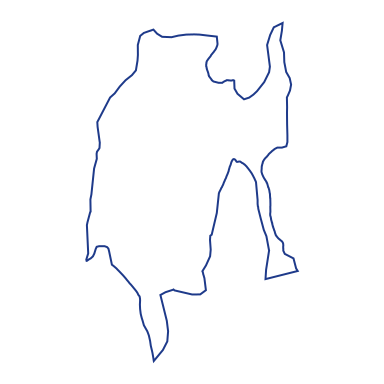 Dhulaymat Habur, Amran, Yemen
{"feature_id": "15242507B9657421257860", "entity_name": "Dhulaymat Habur", "entity_type": "district", "adm_level": 2, "iso_a3": "YEM", "parent_name": "Yemen", "parent_adm1": "Amran", "projection": "equal_earth", "projection_center": [43.768, 16.038], "detail": "fine", "context": "isolated", "style": "outline", "palette": "blue", "viewbox_px": 384, "rotation_deg": 0, "n_neighbors": 0, "source": "geoboundaries", "source_scale": "gbopen_adm2", "svg_char_len": 5919}
<svg xmlns="http://www.w3.org/2000/svg" viewBox="0 0 384 384"><path d="M153.8,361.0L162.9,350.0L167.3,341.4L168.1,331.3L166.8,320.8L160.4,295.0L165.5,292.2L173.2,289.7L173.5,289.5L174.5,290.4L192.2,294.5L200.2,294.4L205.9,290.2L204.4,278.1L204.0,276.8L203.7,275.6L203.3,274.5L203.0,272.9L202.8,272.4L202.7,271.7L202.4,271.2L206.0,265.4L210.1,256.3L210.7,249.7L210.0,239.9L210.3,235.7L211.7,234.7L216.8,213.0L218.9,193.2L219.2,192.6L219.3,192.1L219.8,191.2L220.9,189.0L221.3,188.0L221.9,187.2L222.4,186.0L222.9,185.1L223.4,183.9L223.8,182.7L224.2,181.8L224.7,180.8L224.8,180.3L225.8,178.3L226.1,177.7L226.3,176.9L227.0,175.2L227.3,174.6L228.0,172.8L228.2,172.1L228.5,171.6L228.8,170.2L228.9,169.7L229.1,169.2L229.2,168.6L229.5,167.8L229.7,166.9L230.0,166.2L230.5,165.1L230.7,164.5L230.9,163.8L231.1,163.0L231.4,162.2L231.6,161.6L232.5,160.0L233.0,159.4L233.6,159.1L234.0,159.2L234.4,159.2L234.8,159.5L235.2,159.7L235.5,160.1L236.5,161.6L237.0,161.9L237.8,161.8L238.3,161.7L239.0,161.5L240.0,161.5L241.4,162.4L241.8,162.8L242.1,162.9L242.6,163.2L243.1,163.4L243.9,164.0L244.3,164.4L244.6,164.5L245.9,165.8L246.2,166.1L246.7,166.6L247.4,167.6L247.8,168.0L248.4,168.8L248.7,169.2L250.0,170.9L251.8,173.5L252.0,173.9L253.1,175.9L253.9,177.5L254.4,178.4L255.0,179.9L255.4,180.6L255.7,181.4L256.0,182.1L257.6,200.1L257.6,204.0L257.8,205.5L257.8,206.1L258.1,206.7L258.3,208.8L260.7,218.4L263.8,229.9L266.4,236.2L269.0,250.2L269.1,250.4L266.1,269.7L265.5,279.1L297.7,271.0L296.1,268.4L293.5,258.4L284.8,253.9L283.3,250.7L283.3,248.6L283.2,248.4L283.2,248.0L283.2,247.7L283.2,247.3L283.2,247.0L283.2,246.2L283.3,245.8L283.2,244.1L283.1,243.7L283.1,243.3L282.7,242.5L282.1,241.5L281.5,241.0L281.0,240.6L280.8,240.4L280.2,240.0L279.9,239.6L279.6,239.4L279.3,239.2L278.9,238.8L278.7,238.7L278.2,238.2L276.7,236.4L276.5,236.0L276.2,235.8L276.1,235.5L275.8,235.1L275.7,234.8L275.6,234.7L275.6,234.3L275.4,233.9L275.2,233.5L275.0,232.7L274.8,232.0L274.7,231.5L274.4,230.7L274.3,230.4L274.1,230.1L274.0,229.6L273.8,229.0L273.6,228.4L273.4,227.9L273.2,227.6L273.2,227.2L273.0,226.4L272.8,226.2L272.7,225.6L272.6,225.3L272.5,224.9L272.3,224.3L272.3,223.7L272.2,223.4L272.2,223.1L272.0,222.9L272.0,222.6L271.8,222.3L271.8,221.8L271.6,221.4L271.5,221.0L271.3,220.1L271.1,219.8L271.1,219.1L271.0,218.8L271.0,218.4L270.8,217.7L270.8,217.2L270.3,215.8L270.3,215.5L270.2,215.1L270.2,213.6L270.3,212.7L270.4,211.7L270.3,206.8L270.3,206.4L270.4,206.1L270.4,203.9L270.4,203.4L270.3,199.2L270.3,198.9L270.3,198.2L270.1,198.0L270.1,196.8L270.0,196.1L270.0,194.5L269.9,194.1L269.9,193.5L269.7,193.0L269.5,191.7L269.4,191.0L269.2,189.8L269.0,189.3L268.8,188.6L268.7,188.1L268.4,187.5L268.3,187.2L268.1,187.0L268.1,186.7L267.8,185.7L267.6,184.9L267.5,184.6L267.4,184.4L267.3,183.8L267.1,183.4L267.0,183.0L266.9,182.8L266.6,182.6L266.6,182.2L266.4,181.9L266.3,181.6L266.0,181.2L265.8,180.8L265.4,180.3L265.1,179.7L264.9,179.6L264.6,178.9L264.3,178.6L264.0,178.0L263.7,177.5L263.3,176.7L263.2,176.4L263.0,176.1L262.8,175.6L262.3,174.5L262.2,174.3L262.0,173.5L261.8,172.9L261.6,172.3L261.5,171.8L261.5,170.5L261.6,170.1L261.6,169.2L261.7,168.5L261.7,168.0L261.7,167.3L261.7,166.9L261.8,166.7L261.8,166.1L261.9,165.8L261.9,165.6L262.1,165.2L262.1,164.9L262.3,164.1L262.4,163.8L262.6,163.5L262.7,162.5L262.9,162.2L262.9,161.7L263.0,161.4L263.2,161.2L263.4,161.0L263.6,160.5L264.1,159.7L264.6,159.0L265.2,158.3L265.5,157.9L265.9,157.6L266.3,157.1L266.6,156.9L266.8,156.7L267.0,156.5L267.4,155.9L268.1,155.2L268.5,154.5L269.0,153.9L270.4,152.6L271.0,152.1L272.2,150.9L272.6,150.7L272.9,150.4L273.1,150.2L273.9,149.7L274.3,149.2L275.0,148.8L275.2,148.7L275.9,148.3L276.2,148.2L277.3,147.6L281.9,147.6L286.3,146.3L287.4,142.1L287.4,135.4L287.1,124.0L287.0,112.5L287.1,107.3L286.9,97.4L287.9,95.4L290.0,90.5L291.1,84.6L289.7,78.1L286.2,72.0L284.3,62.1L284.0,52.4L280.3,40.3L281.9,30.7L282.6,23.0L273.8,27.3L270.1,35.1L270.0,35.5L267.1,45.0L269.9,66.7L269.1,72.2L264.2,82.1L257.0,91.2L253.4,94.6L249.2,97.6L244.0,99.3L237.5,93.8L234.5,88.6L234.2,80.6L233.4,80.2L232.7,80.2L232.3,80.4L232.1,80.4L231.8,80.5L230.8,80.5L230.5,80.5L230.1,80.5L229.7,80.4L228.7,80.4L228.4,80.3L228.2,80.2L227.0,80.2L226.7,80.2L226.5,80.4L226.3,80.4L225.9,80.7L225.3,80.9L224.1,81.5L223.0,82.2L222.3,82.8L218.6,82.8L213.5,81.5L211.8,80.2L211.8,79.9L209.0,76.2L209.0,75.9L208.8,75.5L208.6,75.1L208.6,74.6L208.4,73.7L208.2,72.9L207.9,72.0L207.8,71.6L207.6,71.2L207.3,70.3L207.2,70.0L206.9,69.4L206.9,69.0L206.8,68.4L206.6,68.1L206.6,67.7L206.6,67.4L206.4,66.9L206.4,66.5L206.2,66.3L206.2,64.1L206.4,63.8L206.4,62.6L206.6,62.2L206.7,61.4L207.4,60.3L207.6,60.1L208.0,59.4L208.8,58.4L209.0,58.1L210.1,56.8L210.7,56.0L211.1,55.1L212.1,53.9L212.6,53.3L212.8,53.0L213.5,52.2L214.0,51.6L214.2,51.2L215.0,50.2L215.7,49.2L216.0,48.5L216.2,48.1L216.5,47.5L216.6,47.1L217.2,45.6L217.4,44.8L217.5,44.2L217.5,43.6L216.8,36.6L207.1,35.5L199.6,34.6L194.4,34.4L186.2,34.6L178.4,35.6L171.5,37.2L162.1,36.8L157.1,33.7L153.4,29.6L143.9,32.9L140.2,35.9L137.8,45.0L137.9,55.0L137.5,60.7L135.9,70.4L131.9,75.2L125.6,80.2L119.8,86.5L114.7,93.4L110.1,97.5L97.3,122.1L97.6,126.9L99.6,141.4L99.8,142.6L99.5,148.0L98.6,149.5L97.0,151.7L96.6,153.8L96.8,158.8L94.1,168.5L91.4,194.4L90.4,199.4L90.6,211.7L90.2,212.1L87.5,222.2L86.9,225.1L88.2,253.4L86.3,259.6L86.6,260.9L86.8,260.9L89.2,259.2L90.7,258.4L92.9,256.4L94.3,253.6L95.7,249.0L96.7,246.8L99.1,246.2L104.6,246.2L107.1,247.1L108.4,248.6L109.1,251.3L111.9,264.7L113.5,265.9L114.9,267.1L116.4,268.4L117.7,269.8L119.1,271.2L123.1,275.4L125.7,278.4L127.1,280.2L128.5,281.8L129.6,283.3L130.9,284.6L135.1,289.7L136.5,291.5L137.6,293.2L138.3,294.8L139.6,296.4L140.0,298.5L140.1,300.5L139.9,304.5L140.0,306.7L140.1,309.0L140.7,313.8L141.2,315.9L141.8,318.2L142.6,320.7L143.9,325.3L147.3,331.3L148.1,333.4L148.9,335.6L150.1,341.0L150.8,345.8L151.4,348.3L152.0,350.8L152.5,353.1L153.4,358.3L153.7,360.5L153.8,361.0Z" fill="none" stroke="#1e3a8a" stroke-width="2"/></svg>